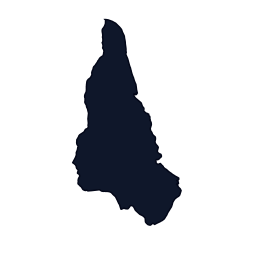 outline of Nga, Oudômxai, Laos, rotated 127°
{"feature_id": "54806243B37529885966132", "entity_name": "Nga", "entity_type": "district", "adm_level": 2, "iso_a3": "LAO", "parent_name": "Laos", "parent_adm1": "Oudômxai", "projection": "albers", "projection_center": [101.853, 20.179], "detail": "fine", "context": "isolated", "style": "filled", "palette": "ink", "viewbox_px": 256, "rotation_deg": 127, "n_neighbors": 0, "source": "geoboundaries", "source_scale": "gbopen_adm2", "svg_char_len": 5743}
<svg xmlns="http://www.w3.org/2000/svg" viewBox="0 0 256 256"><g transform="rotate(127 128 128)"><path d="M94.5,141.6L92.2,144.3L90.8,145.6L89.0,147.4L88.4,148.0L87.6,149.5L86.5,151.3L86.0,152.0L85.5,152.7L84.5,154.0L83.8,155.3L82.7,157.0L81.2,159.0L80.1,160.3L79.7,160.9L78.5,162.3L77.7,163.7L76.6,165.2L73.4,169.3L72.7,170.3L71.4,172.6L70.2,174.5L69.0,174.7L67.1,176.5L66.3,177.0L64.6,178.6L64.1,179.1L63.4,179.8L62.4,180.8L61.3,181.7L59.7,183.3L58.3,184.9L57.2,185.9L56.5,186.8L55.9,188.0L54.7,190.3L53.4,192.2L53.0,193.3L52.5,195.5L51.8,200.8L51.9,201.8L52.1,202.8L52.3,204.6L53.6,208.9L54.8,211.1L55.2,211.6L55.3,211.0L55.5,210.7L56.7,209.9L57.3,209.4L57.6,209.3L57.9,209.0L58.6,208.7L59.9,208.3L61.1,208.0L63.0,207.9L64.2,207.9L64.7,207.8L65.5,207.4L66.3,206.8L67.2,205.9L68.0,205.0L69.2,203.9L69.9,203.5L70.3,203.3L71.0,202.8L71.5,202.1L71.8,201.9L72.9,200.9L73.2,200.7L73.5,200.6L74.0,200.2L75.5,199.9L75.8,199.2L76.6,198.2L76.9,197.8L77.5,197.4L78.0,197.1L78.3,196.7L79.2,196.5L79.6,195.9L80.0,194.7L81.0,193.5L81.4,193.2L82.2,192.9L83.7,192.0L84.6,191.7L85.3,191.5L85.7,191.5L86.2,191.8L86.9,192.0L87.7,192.3L89.2,192.6L90.4,192.5L91.4,192.3L92.0,192.4L92.8,192.4L93.8,192.1L94.5,192.1L95.9,192.0L96.5,192.1L97.3,191.9L98.6,192.0L98.9,192.1L99.4,192.2L100.1,192.1L100.9,191.9L102.3,191.2L102.6,191.1L103.2,191.1L105.0,190.5L105.6,190.2L106.2,189.7L107.0,189.0L107.6,188.7L108.0,188.7L108.7,188.5L110.7,188.3L110.9,188.4L113.1,189.0L113.4,189.0L113.6,189.0L114.2,189.0L114.6,189.0L115.2,188.9L115.9,188.6L118.0,187.4L118.8,186.9L119.0,186.7L119.9,186.2L120.7,185.6L121.0,185.3L121.8,184.8L122.7,184.0L123.4,183.7L123.8,183.4L125.1,182.9L125.6,182.9L127.5,182.4L128.3,182.0L128.9,181.6L129.8,180.7L130.1,180.1L130.6,179.8L131.0,179.5L131.2,179.4L131.4,179.2L132.0,178.8L132.7,178.4L133.3,178.0L133.5,177.8L133.8,177.3L134.1,176.8L134.4,176.0L134.5,175.8L134.9,174.9L136.0,173.8L136.5,173.0L137.0,171.9L137.2,171.7L138.9,169.7L139.3,169.2L139.7,168.6L140.3,168.2L144.3,165.8L144.8,165.5L147.4,163.1L148.1,162.5L149.9,161.5L150.6,160.8L150.7,160.5L150.9,160.3L152.3,160.1L152.8,160.2L153.6,160.5L153.9,160.8L154.7,161.1L155.3,161.1L156.9,160.8L157.6,160.8L158.1,160.9L159.8,161.5L161.1,162.0L162.6,162.5L163.2,162.5L163.9,162.5L164.7,162.2L167.9,161.8L168.4,161.7L169.2,161.0L170.2,160.5L171.5,159.3L172.0,158.5L172.3,157.3L172.6,156.9L172.9,156.6L173.8,156.4L174.5,156.0L175.7,155.4L176.5,155.1L178.1,154.7L178.9,154.4L179.2,154.2L179.8,153.5L180.8,153.0L181.5,152.7L182.8,152.3L184.4,152.0L188.9,151.3L189.0,151.1L188.9,149.7L189.0,148.1L189.3,147.1L189.7,146.4L190.8,145.2L191.2,144.4L191.4,143.1L191.5,142.5L191.9,142.2L192.7,141.9L194.3,141.3L194.5,141.0L194.4,139.2L194.6,138.6L195.1,138.0L195.8,137.5L196.6,137.3L197.9,137.2L198.4,137.0L199.1,136.7L200.0,136.2L200.8,135.4L201.5,135.1L202.3,134.6L202.6,134.2L202.8,133.6L202.8,132.3L203.0,131.8L203.1,131.1L203.0,130.5L203.3,129.3L204.1,127.3L204.2,126.5L203.9,125.3L203.6,124.5L202.7,123.7L202.5,123.2L202.4,122.4L202.3,122.1L199.9,119.4L194.8,114.0L194.5,113.7L194.4,113.1L194.3,111.6L194.2,111.0L193.4,109.5L192.9,109.1L192.1,107.7L191.2,106.6L190.1,104.6L189.6,102.9L189.8,101.0L190.0,100.4L190.2,98.6L190.3,97.0L190.5,96.3L192.1,93.1L193.8,90.0L194.2,88.8L194.8,87.9L195.2,87.4L196.9,85.0L197.0,84.7L196.8,84.4L196.3,84.1L194.4,83.0L194.3,82.7L194.1,81.7L193.6,80.9L193.1,80.0L192.6,79.5L192.3,79.4L190.4,79.3L189.3,79.4L188.8,79.4L188.3,79.1L188.0,78.7L187.6,78.2L187.4,77.5L187.4,76.9L187.7,75.7L188.3,74.4L189.1,72.9L189.3,71.9L189.8,66.8L189.7,65.9L189.4,64.8L189.2,62.9L189.3,61.6L189.6,60.3L190.0,59.7L192.2,57.8L192.6,57.3L192.8,56.5L193.0,55.9L193.1,53.8L192.3,51.9L191.4,51.4L190.2,51.2L189.1,50.8L188.9,48.7L187.1,47.9L184.2,46.4L183.9,46.1L183.6,46.1L183.2,46.0L181.5,45.1L179.1,44.4L177.9,44.4L176.2,44.6L174.3,44.7L171.7,45.3L164.8,45.9L162.4,46.7L160.6,47.5L158.5,47.8L156.5,47.9L154.0,47.3L152.0,46.5L150.4,46.4L146.1,47.9L145.6,48.8L145.2,49.6L144.8,52.4L144.4,53.0L144.0,53.7L143.7,54.0L143.8,54.6L143.8,54.8L143.6,55.4L143.0,55.4L142.5,54.9L142.3,54.4L142.0,54.3L141.8,54.4L141.7,54.5L141.3,55.2L140.9,55.3L140.8,55.5L141.0,56.1L140.9,56.2L140.8,56.3L140.3,56.5L140.2,56.5L140.3,56.8L140.4,57.1L140.4,57.3L140.0,57.2L139.5,56.9L139.1,56.9L138.6,56.7L138.1,56.7L137.7,57.4L137.8,57.7L137.8,57.9L137.8,58.0L137.5,57.9L137.5,58.0L137.6,58.7L138.0,61.1L138.1,62.9L138.3,64.5L138.2,66.0L138.3,68.0L138.3,69.5L138.0,72.4L138.2,73.4L138.2,74.2L138.1,75.2L138.1,76.1L137.8,76.4L137.6,76.7L137.4,77.6L137.4,78.2L136.9,80.7L137.1,80.9L137.7,81.4L138.2,81.6L139.2,82.3L139.1,83.8L138.8,84.9L138.5,85.3L138.1,85.3L137.9,85.5L137.6,85.9L137.2,86.2L136.8,86.3L136.2,86.3L135.8,86.1L135.6,85.8L135.5,85.4L135.4,85.1L134.5,84.9L133.9,84.5L132.9,84.5L131.0,84.1L130.3,84.4L129.8,85.0L129.3,85.8L129.3,86.4L129.7,87.1L129.7,87.9L129.7,89.1L129.3,90.2L128.2,91.0L125.4,92.1L124.8,93.0L124.5,94.3L124.2,95.8L123.6,97.2L122.8,98.2L120.5,99.3L119.4,100.1L118.7,101.1L118.6,103.2L118.2,104.8L117.6,105.6L117.0,106.8L116.7,107.9L116.1,108.8L115.3,109.7L114.6,110.1L111.9,111.1L111.1,111.5L109.9,112.6L109.5,113.3L109.0,114.0L108.8,114.5L108.7,115.0L108.0,115.3L107.9,115.4L107.8,115.6L107.9,116.0L107.7,116.2L107.1,116.3L105.9,117.3L105.6,117.8L105.6,118.6L105.5,118.9L105.2,119.3L104.7,119.6L104.5,119.8L104.5,120.0L104.8,120.4L104.8,120.7L104.8,121.5L105.2,122.3L105.2,123.2L105.1,124.9L105.0,125.4L104.6,125.9L103.0,126.9L102.5,127.5L102.3,128.6L102.0,129.6L101.5,130.4L100.4,132.0L100.0,132.8L99.8,136.4L99.7,138.3L99.7,139.1L99.5,140.4L99.2,141.5L98.7,142.5L98.1,143.4L97.8,143.3L97.2,143.8L96.9,143.6L96.8,143.2L96.9,142.4L96.9,142.2L96.5,142.1L96.0,142.2L96.3,141.7L96.2,141.5L95.5,141.5L94.9,141.7L94.5,141.6Z" fill="#0f172a" stroke="#020617" stroke-width="1.5"/></g></svg>